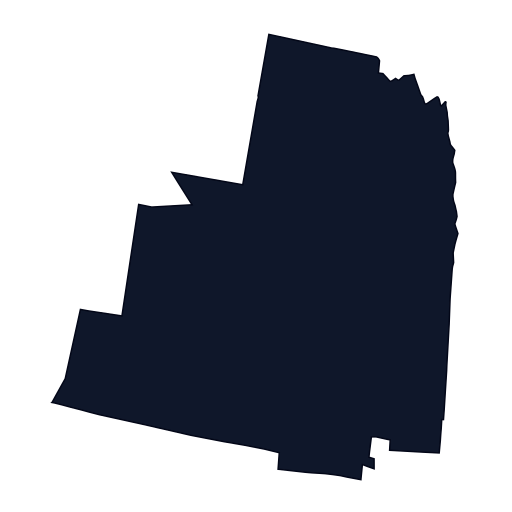 Draghiceni, Olt, Romania (Natural Earth projection), rotated 271°
{"feature_id": "2599482B25655754633990", "entity_name": "Draghiceni", "entity_type": "district", "adm_level": 2, "iso_a3": "ROU", "parent_name": "Romania", "parent_adm1": "Olt", "projection": "natural_earth1", "projection_center": [24.263, 44.139], "detail": "fine", "context": "isolated", "style": "filled", "palette": "ink", "viewbox_px": 512, "rotation_deg": 271, "n_neighbors": 0, "source": "geoboundaries", "source_scale": "gbopen_adm2", "svg_char_len": 2382}
<svg xmlns="http://www.w3.org/2000/svg" viewBox="0 0 512 512"><g transform="rotate(271 256 256)"><path d="M316.4,452.2L319.1,451.8L321.3,451.8L322.7,452.1L324.2,452.4L328.1,453.2L333.0,454.3L334.8,454.2L337.4,454.1L342.2,454.0L343.7,453.9L346.0,453.4L347.6,452.9L349.8,452.1L352.2,451.2L353.1,451.0L355.1,451.0L356.4,451.1L358.2,451.5L361.6,452.4L364.0,452.7L364.9,452.9L365.3,452.8L367.3,451.2L369.9,449.0L371.1,448.3L373.6,447.8L376.1,447.1L379.2,446.2L382.2,445.6L384.2,446.1L385.5,446.2L387.6,446.1L394.6,445.7L399.4,444.9L403.0,444.6L409.9,443.1L411.4,443.1L412.2,443.2L413.1,443.3L413.5,442.9L413.5,442.5L409.1,438.6L409.6,438.0L411.9,437.4L414.6,436.7L416.0,436.3L417.9,435.3L418.3,434.3L416.7,431.8L411.6,424.7L410.9,423.3L411.1,422.4L412.5,421.6L415.9,420.6L418.1,419.7L419.9,418.1L421.3,417.5L429.0,414.7L436.4,411.9L440.4,410.7L439.9,408.9L439.2,405.7L438.8,401.3L438.7,400.7L436.9,398.8L434.7,396.4L434.3,395.6L434.4,394.8L435.4,393.3L436.0,392.4L435.3,391.5L433.4,388.7L433.0,387.3L433.3,386.6L435.0,385.0L436.6,383.6L438.4,381.8L440.6,379.7L441.1,375.2L453.3,376.1L454.0,375.8L455.7,374.7L457.1,373.1L463.6,338.7L465.1,330.2L465.2,328.1L465.5,326.7L477.8,265.0L416.1,255.2L415.6,255.5L414.1,255.5L410.5,254.5L327.0,241.5L327.2,240.2L334.1,196.3L338.2,170.3L328.9,176.3L306.1,191.2L303.1,150.9L304.1,145.4L304.2,145.0L305.5,137.8L248.9,130.3L193.7,123.0L198.2,89.3L199.5,81.4L130.0,67.4L111.8,57.7L106.3,54.8L106.0,54.5L105.6,56.9L103.8,64.7L101.5,73.8L99.0,84.4L97.1,91.8L94.6,102.2L91.4,118.1L88.1,134.4L86.4,142.9L75.6,194.1L69.8,227.3L66.8,246.9L63.1,267.8L59.9,282.0L59.8,282.7L43.2,281.8L40.6,309.7L40.2,315.6L39.9,322.9L39.6,329.0L38.8,336.9L37.9,344.2L36.6,350.6L34.2,364.8L35.9,364.9L49.4,366.0L47.5,371.2L45.3,377.8L55.3,377.6L56.8,372.4L62.2,372.9L77.1,374.5L77.2,376.0L77.3,379.1L76.1,385.0L74.9,390.9L74.7,392.3L74.5,393.4L64.1,393.0L63.7,403.7L62.8,427.1L62.3,442.6L74.5,443.5L80.6,443.8L86.7,444.2L94.1,444.5L95.8,444.5L95.7,445.4L95.7,446.3L101.6,446.6L105.0,446.8L125.0,447.7L144.5,448.6L149.8,448.7L191.3,450.3L216.6,450.8L246.4,452.4L248.8,452.7L252.0,453.5L252.9,453.7L261.8,453.1L262.8,453.1L271.4,454.7L274.6,455.5L282.0,457.5L289.0,455.0L291.6,454.2L291.9,454.3L296.0,455.6L297.7,456.0L299.1,456.3L303.9,455.6L305.4,455.2L307.0,454.8L310.0,454.1L312.2,453.3L314.3,452.6L316.4,452.2Z" fill="#0f172a" stroke="#020617" stroke-width="1.5"/></g></svg>